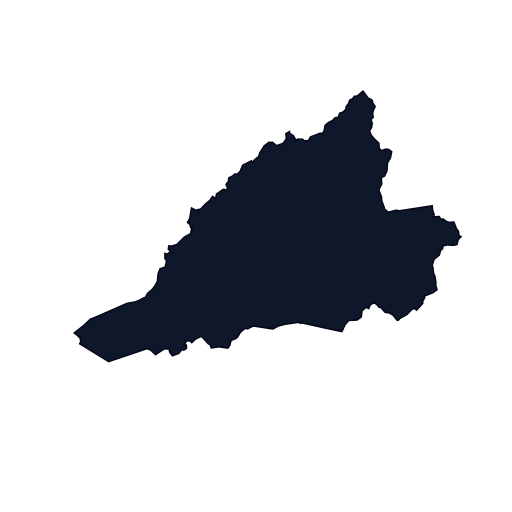 Yauco, Puerto Rico (Mercator projection), rotated 68°
{"feature_id": "32010507B94179162407819", "entity_name": "Yauco", "entity_type": "district", "adm_level": 2, "iso_a3": "PRI", "parent_name": "Puerto Rico", "parent_adm1": "", "projection": "mercator", "projection_center": [-66.863, 18.063], "detail": "fine", "context": "isolated", "style": "filled", "palette": "ink", "viewbox_px": 512, "rotation_deg": 68, "n_neighbors": 0, "source": "geoboundaries", "source_scale": "gbopen_adm2", "svg_char_len": 2992}
<svg xmlns="http://www.w3.org/2000/svg" viewBox="0 0 512 512"><g transform="rotate(68 256 256)"><path d="M143.2,95.0L145.6,102.4L144.7,104.8L146.5,108.0L146.5,110.6L149.2,113.1L151.5,116.7L153.7,117.8L155.1,121.6L155.0,125.0L158.2,127.8L157.4,130.7L159.0,134.3L159.4,139.0L160.9,143.2L165.4,145.9L167.2,148.5L166.2,150.6L166.0,160.8L168.8,164.5L166.6,168.8L165.1,169.0L163.2,173.7L163.6,175.6L158.4,176.3L154.6,178.9L153.2,178.3L153.8,182.5L154.7,182.8L158.7,184.0L161.7,188.6L161.4,195.6L156.8,198.1L155.4,201.5L157.0,207.2L161.9,214.0L164.6,216.1L166.4,221.8L168.1,224.1L166.0,224.6L166.8,234.3L171.5,238.9L173.1,242.8L171.9,244.9L173.0,247.5L173.4,252.1L176.3,253.4L178.4,257.0L182.9,256.9L183.4,259.0L181.9,261.3L183.7,269.5L187.6,271.7L184.4,274.0L186.9,277.5L188.8,283.3L191.8,289.8L191.1,293.1L193.1,292.9L187.3,297.8L196.5,303.5L199.2,307.0L201.7,305.5L205.0,305.8L204.6,304.2L210.8,308.3L211.6,315.3L215.7,325.2L215.1,330.9L213.9,333.1L216.9,334.8L219.9,333.3L220.9,338.0L219.5,339.5L224.3,341.4L227.0,340.7L230.8,343.4L232.1,344.2L232.1,346.8L231.9,349.7L235.5,353.2L241.8,356.6L242.9,357.4L245.5,360.5L247.9,364.5L250.1,370.7L252.8,373.9L252.9,378.6L253.3,379.1L253.3,385.3L251.6,393.1L252.6,429.2L252.5,433.3L255.5,440.7L259.3,453.4L261.7,451.9L265.5,450.2L266.2,449.8L269.9,450.7L271.3,452.4L298.7,432.2L300.9,395.2L301.1,391.7L303.8,388.9L309.8,386.2L307.8,375.7L309.7,371.4L312.8,372.1L317.2,370.9L317.4,364.1L315.0,359.8L316.3,358.3L315.6,355.1L312.6,353.9L311.1,355.0L308.6,352.3L309.9,349.3L312.3,348.0L310.5,343.6L310.0,337.7L310.8,336.3L319.6,333.1L320.9,331.8L324.5,331.9L326.3,324.5L330.9,316.6L329.0,313.7L325.0,310.8L325.0,305.7L324.2,303.3L321.1,299.4L319.0,293.5L320.4,291.0L319.9,285.5L320.6,283.5L328.7,270.0L330.0,267.6L329.3,261.5L330.1,255.1L333.4,241.6L334.8,240.3L335.8,237.7L338.6,233.6L346.2,222.5L347.3,221.0L358.3,204.7L353.1,199.2L350.5,194.0L353.2,186.4L352.0,181.2L346.6,178.3L344.8,173.2L347.0,171.2L344.1,168.4L343.6,164.5L345.8,162.3L349.7,161.1L350.4,159.6L356.6,157.4L358.5,154.0L362.0,151.2L368.6,149.2L368.8,147.7L367.9,146.4L366.7,137.7L363.9,131.5L364.0,128.7L366.4,127.4L362.4,119.1L360.6,118.6L358.1,115.4L356.3,114.8L356.3,105.7L355.1,100.8L350.5,100.3L347.6,99.0L341.3,97.6L339.3,97.9L332.7,96.2L330.9,96.3L325.8,92.1L323.8,85.7L320.0,82.7L319.2,80.3L316.7,78.7L317.4,74.5L320.1,68.9L320.7,65.4L316.5,62.3L314.9,58.6L313.2,60.1L308.9,59.0L306.0,59.9L298.6,59.8L297.2,64.2L295.7,66.2L291.8,68.6L291.2,70.7L288.0,71.4L286.0,77.2L284.5,75.3L279.8,75.1L275.4,73.8L267.8,106.1L266.0,109.0L265.0,116.8L260.9,119.2L258.9,118.9L251.4,118.7L248.4,117.5L240.7,117.4L236.4,112.4L231.9,111.1L230.1,109.6L230.1,107.0L226.3,102.8L219.0,99.2L215.3,94.5L210.1,91.1L206.9,93.1L205.6,95.2L205.2,100.3L202.1,101.4L197.4,99.8L191.3,102.6L187.0,103.9L182.5,103.9L180.2,100.7L176.2,98.4L172.7,98.4L171.2,95.2L168.0,94.7L164.9,92.6L162.1,89.5L157.8,90.4L155.5,89.9L153.2,91.1L152.0,92.7L143.2,95.0Z" fill="#0f172a" stroke="#020617" stroke-width="1.5"/></g></svg>